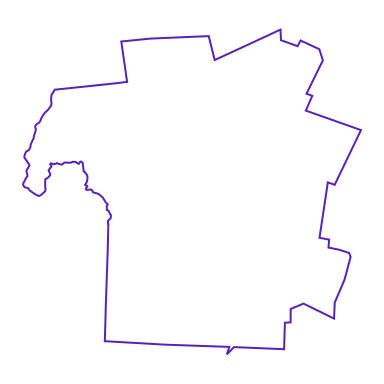 the district of Rutland, Vermont, United States of America
{"feature_id": "52423323B74682295131774", "entity_name": "Rutland", "entity_type": "district", "adm_level": 2, "iso_a3": "USA", "parent_name": "United States of America", "parent_adm1": "Vermont", "projection": "robinson", "projection_center": [-73.236, 43.575], "detail": "fine", "context": "isolated", "style": "outline", "palette": "violet", "viewbox_px": 384, "rotation_deg": 0, "n_neighbors": 0, "source": "geoboundaries", "source_scale": "gbopen_adm2", "svg_char_len": 1998}
<svg xmlns="http://www.w3.org/2000/svg" viewBox="0 0 384 384"><path d="M54.7,89.7L51.6,94.9L51.3,96.0L51.1,99.8L51.5,103.7L51.1,105.7L47.8,110.1L45.4,112.2L44.1,113.7L41.3,118.2L40.4,120.7L39.6,122.1L38.3,123.3L36.6,124.2L35.3,125.9L35.1,126.9L35.9,129.0L35.6,130.9L34.1,135.5L33.9,136.0L33.8,137.8L30.8,144.2L30.3,147.5L28.8,150.1L26.6,151.4L25.9,152.2L25.3,153.2L24.3,156.6L24.6,157.9L29.0,164.2L29.3,165.2L29.3,165.8L26.5,170.5L26.5,171.3L27.2,173.9L27.5,175.9L25.9,178.3L23.5,183.0L23.0,184.3L23.2,185.0L24.2,186.8L25.2,187.4L28.1,188.2L29.6,190.4L34.9,194.1L37.4,195.4L38.4,195.9L39.4,195.9L41.2,194.9L44.8,191.6L45.2,190.9L45.6,189.5L45.2,186.4L45.2,179.4L47.8,177.8L49.8,175.7L50.2,174.8L50.3,174.1L48.6,170.4L49.3,169.2L51.4,166.6L51.5,166.3L50.2,164.5L50.5,163.6L51.9,163.4L52.7,164.0L53.4,164.2L56.4,163.5L56.7,163.2L61.8,164.7L64.3,162.6L71.0,162.7L72.7,161.8L75.7,161.9L77.9,163.5L78.9,163.8L80.2,161.8L80.9,161.5L81.9,162.1L82.6,162.9L82.8,163.6L83.7,171.4L84.7,171.8L86.7,174.6L87.4,176.1L87.4,178.7L87.1,181.1L86.9,181.9L85.2,184.9L87.3,186.1L87.4,186.5L86.4,187.6L85.9,188.9L86.3,189.7L86.8,189.9L90.8,189.5L92.4,190.5L92.6,191.7L93.2,192.4L98.0,193.7L100.4,195.4L102.9,197.7L105.7,202.3L107.6,204.1L107.7,204.8L106.7,206.0L106.9,210.0L107.9,210.4L108.5,210.9L109.0,211.8L110.6,214.9L110.8,214.9L110.9,216.4L110.7,218.1L110.0,219.0L108.4,220.2L108.0,221.7L108.0,223.9L108.4,224.1L108.3,226.4L107.7,251.9L107.5,256.9L105.7,308.9L105.7,309.3L105.6,313.2L105.5,318.3L104.8,341.2L165.9,344.7L229.3,346.9L226.9,354.4L234.0,347.1L284.1,349.2L284.9,322.7L290.6,322.4L290.7,308.9L303.5,303.6L334.1,318.6L334.7,302.7L344.5,279.8L350.6,256.9L349.1,252.9L338.7,249.6L328.5,247.6L329.1,239.6L319.5,237.8L326.8,189.4L327.8,182.4L334.7,184.8L361.0,130.1L305.8,110.6L312.3,95.9L306.5,93.7L322.9,60.4L319.3,49.2L300.6,40.5L297.6,46.2L281.0,40.2L280.5,29.6L241.5,47.7L214.7,60.0L208.7,36.1L150.3,38.6L121.3,41.5L127.1,81.9L115.6,83.3L54.7,89.7Z" fill="none" stroke="#5b21b6" stroke-width="2"/></svg>